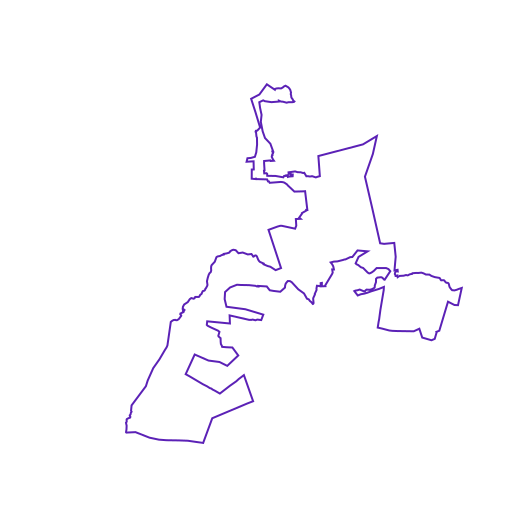 Ocotlán de Morelos, Oaxaca, Mexico (Mercator projection), rotated 340°
{"feature_id": "50627088B26863114972707", "entity_name": "Ocotlán de Morelos", "entity_type": "district", "adm_level": 2, "iso_a3": "MEX", "parent_name": "Mexico", "parent_adm1": "Oaxaca", "projection": "mercator", "projection_center": [-96.695, 16.785], "detail": "fine", "context": "isolated", "style": "outline", "palette": "violet", "viewbox_px": 512, "rotation_deg": 340, "n_neighbors": 0, "source": "geoboundaries", "source_scale": "gbopen_adm2", "svg_char_len": 6130}
<svg xmlns="http://www.w3.org/2000/svg" viewBox="0 0 512 512"><g transform="rotate(340 256 256)"><path d="M191.4,349.4L205.3,343.4L202.5,333.9L197.2,331.7L193.1,329.8L193.2,328.6L192.9,326.7L193.5,324.4L194.6,321.1L193.3,318.8L193.3,318.1L195.7,314.8L194.8,313.2L189.5,308.0L186.7,305.0L186.2,303.9L187.8,300.7L208.4,310.5L210.9,302.8L227.6,313.6L229.6,314.4L231.1,314.6L233.5,316.2L235.5,316.2L239.0,318.0L242.8,313.6L227.8,302.4L210.9,293.6L211.8,285.8L214.6,279.3L220.9,276.7L228.3,276.5L231.7,278.0L239.5,281.0L245.4,283.9L246.3,284.8L247.8,285.5L247.9,284.9L255.7,288.3L257.2,292.9L260.5,294.8L266.6,297.9L272.4,295.6L273.3,293.7L274.4,292.2L275.5,291.4L277.3,290.4L279.3,291.2L280.6,292.8L284.3,301.7L288.3,307.6L289.3,313.6L290.7,314.7L291.3,316.8L292.2,318.2L293.0,320.5L293.4,320.5L294.0,319.9L295.1,315.7L295.6,314.9L298.2,312.3L298.2,311.8L301.3,308.6L301.7,307.2L303.1,304.8L304.9,305.7L305.9,306.4L306.5,305.9L306.9,305.3L307.5,303.6L308.7,303.8L307.5,307.0L310.9,308.1L311.0,307.3L321.4,298.9L322.4,297.8L323.0,294.7L324.6,295.3L325.0,292.6L325.0,291.6L324.7,289.7L324.0,287.6L327.3,287.9L330.6,288.9L336.4,289.5L337.8,289.5L338.9,289.8L344.1,289.3L346.2,289.9L353.3,285.5L362.5,289.8L352.1,291.9L347.1,297.0L347.6,298.1L349.0,299.5L350.7,302.4L352.6,303.9L355.3,309.8L356.4,311.1L357.5,311.2L359.1,311.0L361.6,310.3L365.2,308.6L374.1,311.8L376.0,313.6L377.0,316.2L368.8,322.3L368.4,322.1L367.3,319.6L366.3,318.7L362.6,317.8L361.0,318.5L359.8,321.6L357.5,324.4L356.9,325.9L356.4,326.4L353.9,326.8L352.8,326.8L351.2,326.6L348.4,325.4L347.1,325.8L346.3,326.4L345.1,325.9L342.0,323.0L339.6,322.9L337.5,322.5L336.4,322.6L338.1,327.9L341.4,327.8L345.0,328.4L347.9,328.6L352.3,328.6L360.4,329.0L365.6,328.8L364.3,331.8L354.5,349.1L350.0,357.7L348.7,359.8L345.9,364.9L349.6,367.3L355.8,371.6L358.6,373.0L363.0,374.8L378.5,380.7L384.6,380.2L384.3,389.5L392.1,395.2L395.6,395.0L399.5,389.7L399.5,389.0L402.7,388.9L420.8,364.6L425.7,369.9L429.0,371.3L438.4,356.4L435.1,356.3L433.1,356.4L430.7,356.2L428.6,355.2L428.1,354.1L427.4,351.8L427.3,351.1L427.6,348.4L427.5,347.5L427.1,346.9L425.7,346.2L425.2,345.4L424.5,343.3L423.8,342.8L421.7,342.2L421.4,341.5L421.2,339.9L420.8,339.3L416.8,337.0L414.0,334.7L412.6,332.8L409.3,331.5L407.5,329.6L405.7,328.2L402.5,327.4L400.8,326.7L397.1,325.7L396.6,326.2L395.0,325.9L393.8,325.8L392.7,326.1L391.7,326.0L390.5,325.2L388.0,325.0L384.0,323.8L382.0,324.3L382.1,323.9L381.4,323.1L381.7,322.7L381.3,322.7L380.4,322.5L380.6,321.8L380.4,321.4L380.3,320.4L380.8,319.5L381.2,319.1L382.0,318.4L382.8,318.4L383.9,319.0L384.3,317.4L381.2,316.9L387.0,304.5L390.4,291.0L380.5,288.4L377.0,286.5L381.6,250.6L385.5,218.7L400.7,200.1L410.6,184.6L394.7,187.7L348.8,183.4L343.3,202.8L341.1,202.6L339.1,202.6L335.9,200.1L335.2,200.1L333.5,199.6L332.2,198.8L330.6,198.3L329.8,194.3L328.7,194.2L326.6,192.6L323.8,191.5L321.7,189.9L315.2,188.5L314.8,189.9L316.7,190.4L316.4,191.3L318.4,192.0L317.7,193.6L314.4,192.7L313.1,192.6L313.6,190.9L311.7,190.5L311.6,191.0L309.8,190.4L309.1,190.9L308.6,191.4L301.8,187.5L294.0,184.5L294.6,182.5L294.2,181.8L292.0,181.2L292.7,178.5L293.3,178.5L295.4,171.4L296.1,169.5L302.2,171.1L302.2,171.7L305.4,172.6L305.0,171.2L304.7,168.2L305.2,167.3L305.9,167.1L306.1,166.7L306.0,166.1L307.1,165.3L307.3,165.0L307.6,164.4L307.5,164.0L307.0,163.5L307.1,163.3L307.9,163.6L307.9,155.4L304.8,148.2L304.9,141.1L306.4,131.6L309.5,125.3L310.5,118.2L311.7,112.6L316.0,112.2L317.2,113.5L323.1,116.7L330.3,118.7L330.6,117.8L332.4,119.5L333.9,120.1L337.2,122.4L339.2,122.6L342.8,123.9L344.3,124.2L344.9,123.9L344.2,122.9L344.0,121.0L343.6,119.9L343.5,118.9L344.0,116.9L344.0,115.8L344.8,114.4L345.0,111.6L344.6,109.9L344.0,108.5L342.0,106.1L340.4,106.2L338.8,106.8L337.0,107.1L336.4,106.9L334.3,106.0L332.7,105.6L331.1,105.5L330.6,106.2L324.9,98.4L314.4,105.4L305.2,106.6L304.7,120.4L303.8,136.7L300.1,138.6L298.7,138.3L298.1,139.1L298.4,139.5L297.3,143.9L297.4,145.1L295.1,151.7L291.7,158.7L288.9,162.4L284.7,162.1L281.4,161.2L279.4,164.2L286.1,166.2L283.5,173.9L281.6,173.3L278.4,181.9L282.2,183.7L282.7,182.4L282.3,183.7L292.6,187.8L292.8,190.0L293.6,190.3L293.9,191.9L304.7,194.9L306.5,195.8L307.7,196.7L309.6,199.3L310.0,200.5L314.1,208.6L322.5,211.4L324.3,211.9L320.0,230.3L319.0,229.9L318.9,230.5L313.8,231.4L313.6,232.0L309.7,234.7L310.6,236.3L306.1,234.9L304.2,241.3L302.1,243.7L290.5,236.4L289.0,235.9L286.3,235.7L276.7,235.7L275.4,275.9L269.6,276.0L265.8,271.0L263.5,269.4L260.3,266.4L260.0,265.7L260.4,265.5L257.7,262.9L257.2,261.9L256.8,260.2L256.7,256.8L256.4,255.8L255.5,255.2L254.9,255.3L253.5,255.8L253.1,255.5L253.0,254.5L252.4,252.6L248.8,251.7L244.7,248.2L240.5,247.4L238.9,243.6L236.9,242.4L235.8,242.3L234.4,242.5L232.9,242.9L232.6,243.4L231.8,243.7L229.1,243.5L226.4,243.0L226.3,243.6L224.0,243.4L222.2,243.7L219.9,243.3L219.0,243.4L218.4,243.6L215.3,247.3L211.2,249.4L210.4,250.3L209.6,252.1L208.9,254.4L207.9,255.7L206.4,256.3L205.1,257.5L203.2,260.0L201.3,262.9L200.5,266.6L199.9,267.4L198.0,269.1L197.2,269.5L196.7,270.3L195.7,270.9L194.2,270.8L193.8,270.9L191.7,273.1L190.3,273.4L189.8,274.0L188.3,274.9L185.0,273.7L184.3,274.0L183.8,274.7L182.8,274.8L180.8,273.4L179.0,273.9L176.1,276.0L171.9,277.0L170.0,278.7L169.0,280.6L168.9,281.4L169.6,281.1L170.3,282.3L169.0,283.0L169.3,283.2L168.9,283.8L168.1,284.0L165.3,284.2L164.9,285.0L165.2,285.6L165.4,286.3L165.3,286.6L161.8,288.9L160.0,289.3L159.2,289.1L158.5,288.7L158.3,288.4L156.7,288.0L155.2,288.2L153.4,288.8L142.2,309.7L140.7,311.3L138.2,313.2L130.0,320.0L121.1,326.2L111.7,335.9L108.0,340.7L88.0,353.8L85.7,358.6L85.7,359.3L85.8,359.8L84.8,360.5L83.9,362.0L82.9,362.5L82.7,363.0L82.9,363.7L82.9,364.2L82.7,364.5L82.4,364.8L80.6,364.8L78.8,365.1L78.5,365.4L77.8,367.5L76.8,368.2L76.4,371.2L75.0,374.6L73.6,377.1L73.8,377.6L82.5,380.3L93.8,390.3L102.0,395.4L108.9,398.5L120.2,402.8L128.8,406.3L142.4,413.6L159.4,393.5L197.5,391.6L203.6,391.5L203.9,363.8L197.7,365.7L194.6,367.0L187.2,369.0L175.0,372.9L171.2,368.4L169.4,366.5L168.8,365.4L167.4,364.3L165.5,361.8L162.3,358.4L152.3,346.2L149.5,343.0L164.7,327.6L175.6,338.0L185.4,343.1L191.4,349.4Z" fill="none" stroke="#5b21b6" stroke-width="2"/></g></svg>